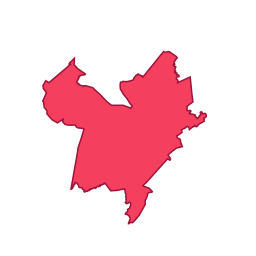 the district of San Luis Acatlán, Guerrero, Mexico, rotated 333°
{"feature_id": "50627088B39564204032097", "entity_name": "San Luis Acatlán", "entity_type": "district", "adm_level": 2, "iso_a3": "MEX", "parent_name": "Mexico", "parent_adm1": "Guerrero", "projection": "mercator", "projection_center": [-98.707, 16.871], "detail": "fine", "context": "isolated", "style": "filled", "palette": "rose", "viewbox_px": 256, "rotation_deg": 333, "n_neighbors": 0, "source": "geoboundaries", "source_scale": "gbopen_adm2", "svg_char_len": 5758}
<svg xmlns="http://www.w3.org/2000/svg" viewBox="0 0 256 256"><g transform="rotate(333 128 128)"><path d="M49.4,156.6L49.9,156.8L50.2,156.8L50.5,156.4L51.3,156.5L52.3,155.3L53.0,155.3L53.5,155.0L53.4,154.8L53.4,154.0L53.7,153.7L54.2,153.6L55.1,153.9L55.3,153.9L55.5,153.3L56.3,152.5L57.3,153.8L57.8,156.2L57.5,158.6L57.7,159.1L58.1,159.4L59.1,159.8L59.8,160.3L59.9,160.7L59.7,161.8L60.1,162.4L60.7,162.9L60.7,163.1L60.5,163.6L60.1,164.1L60.0,164.7L60.1,165.1L60.4,165.4L60.6,165.5L61.7,165.1L62.3,165.2L62.9,166.0L63.4,165.9L63.9,165.7L65.0,166.1L65.3,165.8L65.5,165.9L65.6,165.6L65.8,165.7L65.9,165.4L66.1,165.7L67.0,165.4L67.3,165.6L67.4,165.3L67.8,165.4L67.7,165.5L67.9,165.7L68.1,165.6L68.4,165.9L69.1,165.8L69.6,166.0L70.0,165.9L71.1,166.2L71.4,166.6L71.7,166.0L72.5,166.8L73.6,166.2L74.1,166.4L74.8,166.4L75.2,166.9L75.5,166.6L76.0,166.5L76.6,167.2L77.2,166.6L77.3,166.1L77.7,166.2L78.1,166.4L78.3,166.7L78.8,166.6L79.2,166.9L80.3,166.9L81.5,166.5L81.4,166.9L81.9,167.2L82.6,167.1L84.1,176.1L89.4,178.4L92.2,179.3L97.3,180.6L96.8,182.8L96.0,184.9L96.0,185.2L96.3,185.9L95.9,186.7L94.9,187.9L94.9,188.4L94.4,189.5L94.3,190.1L94.2,190.4L93.7,190.8L93.8,191.3L93.0,192.3L93.0,192.6L91.8,193.3L92.2,194.2L92.1,194.4L92.2,194.7L92.4,194.8L93.1,194.7L93.2,195.0L93.5,195.1L95.3,194.7L96.1,195.2L95.8,197.2L95.4,197.7L94.6,198.8L93.8,199.2L93.0,200.3L91.9,200.3L91.6,200.2L91.0,200.3L90.5,200.6L90.4,201.3L90.0,202.0L88.7,202.4L88.2,202.4L87.7,202.8L86.6,203.2L86.5,203.4L86.7,203.7L87.3,204.3L87.5,204.5L88.0,204.5L88.6,205.9L88.9,206.6L89.1,206.7L88.9,207.9L89.1,209.1L89.0,209.6L87.2,211.2L86.5,212.0L85.8,212.4L85.3,212.9L85.0,213.5L85.5,213.7L85.9,213.4L86.9,213.4L88.0,213.7L88.9,214.4L90.9,213.9L92.2,213.4L98.2,210.9L108.7,203.9L109.7,201.7L110.0,200.8L110.7,200.2L112.7,198.8L115.3,196.2L115.3,195.7L116.6,194.9L120.4,196.0L120.8,195.8L120.3,193.9L119.5,191.4L118.8,190.4L116.0,187.5L115.1,186.4L116.5,185.6L118.8,185.2L149.2,173.4L150.7,175.7L151.1,175.5L151.1,175.3L151.3,175.0L151.6,174.8L151.9,174.8L152.0,174.6L151.8,173.4L151.8,172.2L151.5,171.3L151.4,170.1L156.8,168.9L161.8,167.9L165.0,168.5L167.9,169.3L168.4,165.0L169.4,161.9L169.1,161.6L168.7,160.7L168.1,160.2L167.8,159.7L167.7,159.0L167.5,158.8L167.6,157.2L170.3,157.1L174.2,156.4L174.9,153.9L178.7,153.9L179.4,154.0L180.3,153.5L180.8,153.7L181.0,153.6L181.7,153.6L182.2,154.3L182.3,154.9L182.3,156.4L182.0,157.3L185.8,156.4L187.9,156.7L188.2,156.1L188.3,156.4L188.9,157.0L189.0,157.4L189.8,157.7L189.9,158.0L193.1,156.8L197.9,156.6L198.8,156.7L199.0,156.2L199.8,155.0L199.9,153.9L200.4,153.7L201.2,153.8L201.8,153.8L202.8,153.4L203.2,152.9L203.6,151.7L203.7,151.1L203.6,150.5L202.9,149.7L202.5,149.8L200.8,149.0L200.8,148.6L201.1,148.2L201.1,147.6L200.8,147.0L200.4,146.8L199.7,146.7L199.4,147.0L199.2,147.5L199.2,147.9L199.1,148.5L198.8,149.1L198.6,149.3L197.2,149.4L196.1,150.4L195.6,150.5L195.2,150.8L194.2,150.9L193.8,150.7L193.6,150.0L193.8,149.7L193.7,149.2L193.3,148.8L193.2,148.4L193.3,148.3L193.3,148.0L193.6,147.7L193.8,147.0L191.6,144.8L190.7,144.1L189.8,143.9L189.5,143.6L189.2,143.2L189.2,142.9L189.3,142.7L190.1,142.4L191.0,142.1L191.4,141.9L191.7,141.3L191.6,140.8L191.3,140.6L190.7,140.3L189.3,140.0L188.4,138.7L189.5,137.5L190.0,136.4L189.9,135.8L192.3,135.1L197.7,134.2L200.4,126.6L206.6,110.8L192.7,110.2L192.9,109.9L193.6,109.4L194.0,108.6L194.1,108.1L193.9,107.5L193.6,107.0L193.4,106.3L194.3,104.9L194.6,104.8L195.4,105.0L196.1,105.1L196.6,105.4L197.0,105.1L197.2,104.5L197.2,104.1L197.1,103.7L195.9,103.3L195.4,102.7L195.4,102.3L195.5,102.1L196.2,101.9L196.4,101.7L196.5,101.3L196.5,101.1L195.7,100.8L194.9,100.0L194.7,99.6L194.7,99.2L195.0,99.1L195.4,99.1L195.8,99.3L196.2,99.1L196.3,98.8L196.0,97.8L196.0,97.4L197.0,96.6L197.2,95.9L198.2,95.6L198.3,95.4L198.3,95.1L198.3,94.9L197.6,94.6L197.5,94.1L197.0,93.5L196.8,92.7L197.1,92.6L197.8,92.8L198.5,92.6L198.7,92.2L198.0,91.8L197.8,91.6L198.2,91.2L198.5,91.0L199.0,90.4L199.2,90.2L199.3,89.9L199.8,89.9L200.4,89.5L200.6,89.3L200.7,88.9L200.9,88.7L201.6,88.4L201.8,88.6L202.3,88.3L202.6,88.3L202.7,88.2L203.6,87.9L203.7,87.5L203.5,86.9L203.6,86.5L199.3,78.5L195.3,77.4L195.1,76.9L194.4,76.5L194.4,76.1L191.2,77.4L164.4,89.4L164.2,89.4L164.1,87.8L163.7,87.5L163.4,87.5L163.1,87.1L163.0,86.5L162.2,86.0L161.9,85.7L161.9,85.4L162.0,84.9L161.9,84.7L161.6,84.6L161.0,84.5L160.6,84.9L160.4,85.0L160.0,84.9L159.7,84.6L159.4,84.6L155.9,86.2L154.3,87.6L149.0,86.5L146.3,85.3L144.8,84.2L143.8,84.3L142.1,83.9L140.7,85.7L138.9,89.7L139.2,95.4L140.4,101.2L140.9,107.1L141.0,107.2L141.3,108.8L141.8,109.4L141.8,110.2L141.0,110.8L140.4,110.8L140.3,111.2L139.8,111.5L139.6,111.7L134.0,105.6L123.6,100.3L121.1,94.9L118.4,85.6L116.8,81.6L114.9,76.1L109.5,71.1L108.9,71.0L108.7,70.8L108.2,70.9L107.9,70.7L107.7,70.8L107.2,70.7L107.3,70.4L107.0,70.4L107.0,70.0L106.5,69.8L106.2,69.3L105.9,69.2L105.3,68.5L104.6,67.9L104.4,66.7L104.0,66.0L103.6,66.1L103.6,65.2L103.4,65.1L103.4,64.8L103.1,64.5L103.4,64.0L103.5,63.5L103.9,63.1L104.2,63.0L104.5,62.5L105.2,62.2L105.4,62.3L105.6,61.9L105.9,61.7L106.8,61.4L107.0,61.1L107.0,60.5L107.2,60.0L107.6,60.0L108.2,60.1L108.7,59.6L109.0,59.4L109.4,59.8L110.2,59.8L110.7,60.1L111.0,60.0L112.1,60.1L112.3,60.2L112.5,60.5L112.8,60.7L113.3,60.8L113.6,60.7L114.3,61.0L114.5,60.8L114.2,59.9L110.1,52.3L108.7,47.1L111.9,41.6L105.9,43.4L105.7,43.4L105.5,43.5L105.3,44.0L105.4,44.6L105.1,44.3L104.9,44.3L105.0,44.4L105.0,44.9L104.7,44.8L104.6,45.3L100.7,46.4L78.2,51.7L76.2,48.5L71.4,51.7L70.5,54.5L71.3,59.5L64.2,65.4L64.7,66.1L62.7,71.7L63.7,75.7L62.2,78.6L64.0,86.0L67.5,91.4L74.3,90.7L72.6,92.8L72.8,93.9L73.5,96.1L76.0,98.3L82.3,101.4L82.5,103.8L83.9,105.6L85.3,106.3L87.3,107.8L88.3,109.0L81.2,116.4L75.0,122.5L69.6,129.9L49.4,156.6Z" fill="#f43f5e" stroke="#9f1239" stroke-width="1.5"/></g></svg>